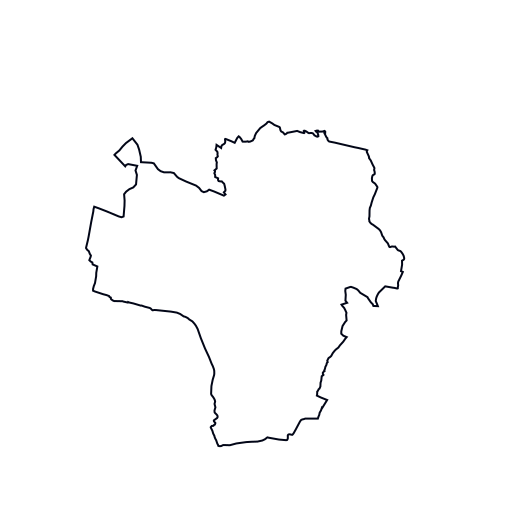 outline of Baile Govora, Vâlcea, Romania, rotated 234°
{"feature_id": "2599482B27172768373600", "entity_name": "Baile Govora", "entity_type": "district", "adm_level": 2, "iso_a3": "ROU", "parent_name": "Romania", "parent_adm1": "Vâlcea", "projection": "robinson", "projection_center": [24.185, 45.08], "detail": "fine", "context": "isolated", "style": "outline", "palette": "ink", "viewbox_px": 512, "rotation_deg": 234, "n_neighbors": 0, "source": "geoboundaries", "source_scale": "gbopen_adm2", "svg_char_len": 6113}
<svg xmlns="http://www.w3.org/2000/svg" viewBox="0 0 512 512"><g transform="rotate(234 256 256)"><path d="M276.1,408.2L277.7,407.1L283.2,402.3L286.0,399.7L301.4,386.4L305.6,382.5L306.2,382.3L307.4,382.2L308.2,382.3L309.4,383.0L310.3,382.8L311.4,382.9L314.2,383.4L315.1,383.5L315.3,383.6L314.9,384.3L315.9,385.1L316.9,385.0L317.1,384.5L317.5,383.1L319.4,380.3L319.9,380.0L321.0,379.9L321.7,378.9L322.1,377.7L321.4,377.7L320.5,378.1L319.5,378.3L318.4,377.8L317.7,377.7L317.1,377.2L316.3,377.0L316.2,376.8L316.5,375.7L317.3,375.1L318.3,374.7L319.2,374.2L321.5,374.2L321.9,374.0L322.7,373.4L323.3,372.7L324.2,371.1L324.8,370.7L327.2,369.9L328.6,369.1L329.1,368.6L329.1,368.2L327.4,367.7L327.2,367.5L327.2,367.1L330.3,364.5L333.0,362.8L337.1,354.0L337.3,353.8L337.2,353.5L337.1,352.5L337.2,351.5L337.5,350.7L340.1,350.5L341.9,349.6L342.3,349.6L343.3,349.7L345.9,350.8L346.4,350.8L347.0,350.5L351.2,347.9L353.7,347.1L357.0,345.6L357.5,344.0L357.0,342.3L356.9,339.4L357.0,336.5L357.0,334.6L355.4,328.4L353.9,325.7L352.2,323.8L352.2,323.2L352.0,322.7L351.4,321.4L351.6,320.3L352.0,318.5L352.6,317.3L352.9,317.3L353.2,316.8L353.8,316.5L354.0,315.9L354.6,314.8L356.4,312.4L359.3,312.8L361.4,312.7L362.2,312.6L363.0,312.3L362.5,310.1L360.1,305.3L363.7,303.3L368.6,300.2L368.8,299.9L368.6,299.5L366.8,298.5L366.3,298.0L365.7,297.4L365.4,296.3L365.6,294.1L365.5,293.2L364.9,292.3L363.9,291.3L369.1,289.4L367.3,287.8L365.7,285.7L363.1,286.0L361.8,285.4L360.7,284.4L359.1,283.7L358.8,282.8L358.8,281.0L357.0,279.9L354.7,279.3L353.6,278.2L349.9,275.6L349.7,272.7L348.8,272.7L348.1,272.2L347.5,271.0L345.6,270.6L343.9,269.4L341.1,271.0L339.9,270.0L338.6,269.8L337.5,270.8L336.4,272.2L335.1,272.3L333.2,272.7L331.1,271.9L327.8,270.4L326.8,269.6L326.4,267.4L323.7,267.5L323.7,265.5L332.7,260.1L337.2,257.1L337.2,254.3L338.3,251.3L340.5,250.1L344.5,250.0L348.2,248.9L357.2,243.3L364.4,239.3L366.5,238.7L371.4,238.3L374.0,236.0L377.7,230.8L380.7,228.7L383.9,227.7L391.0,227.8L392.9,226.2L399.5,218.1L404.0,221.1L410.8,224.0L415.7,225.5L423.9,225.2L423.8,217.2L423.0,212.4L421.7,207.5L421.4,202.9L421.0,200.9L405.4,202.9L406.0,204.4L405.5,206.6L398.8,212.9L396.0,208.8L391.6,207.3L384.4,201.0L383.6,197.0L384.5,192.9L384.4,188.8L383.5,185.6L378.1,182.3L373.8,179.0L365.8,172.1L366.4,170.0L368.7,168.2L379.9,161.4L386.9,156.9L391.0,154.1L389.3,152.0L387.7,150.6L380.3,142.6L370.2,132.1L367.7,129.4L362.6,123.4L362.1,123.1L361.1,123.1L359.8,123.1L358.6,123.5L357.9,123.5L355.4,122.8L353.4,122.7L352.6,121.8L350.6,118.7L348.7,119.0L347.0,119.8L345.2,118.9L340.8,121.5L336.3,116.9L333.6,114.8L328.7,109.8L327.0,107.1L325.1,104.8L323.7,103.8L322.0,104.8L314.9,109.9L312.1,112.2L309.9,113.6L309.0,113.4L307.7,114.1L306.6,113.4L305.7,113.5L303.8,114.2L302.9,114.8L297.9,121.4L297.0,122.0L293.7,124.9L293.6,125.1L293.9,125.5L292.9,126.1L289.6,129.0L283.6,133.6L283.2,134.3L280.4,136.2L276.4,139.5L275.2,140.0L273.8,140.1L272.8,140.5L272.1,142.0L270.8,143.6L261.0,154.5L256.7,158.7L253.6,160.6L249.6,162.0L249.1,162.5L248.1,163.2L245.9,164.3L243.9,164.7L240.5,166.1L237.4,166.4L234.9,166.4L231.3,165.9L222.0,163.1L211.2,160.4L201.9,158.6L195.0,156.8L192.2,156.3L189.4,155.5L187.6,154.7L185.2,153.0L184.2,152.0L181.4,148.3L177.0,143.5L170.8,138.6L169.5,138.3L167.1,138.4L165.6,138.3L164.1,138.1L163.0,137.7L162.3,137.4L160.7,135.5L157.4,134.2L155.5,131.7L154.2,130.8L153.7,130.6L153.0,130.6L151.3,130.9L149.9,131.0L149.1,130.8L148.3,130.3L147.8,129.4L147.8,125.9L147.8,125.4L147.6,125.1L147.2,124.9L146.8,124.8L144.9,125.0L144.4,124.6L143.8,123.6L144.0,122.9L143.8,122.3L143.7,121.7L144.5,120.4L144.2,118.9L143.9,118.6L140.3,118.0L137.5,117.0L134.9,116.6L134.1,116.2L132.2,115.7L130.4,115.5L126.9,114.4L125.6,114.3L124.6,113.9L123.9,114.4L123.0,115.6L122.7,116.2L122.4,118.1L122.1,118.7L118.3,123.6L115.9,129.9L111.2,138.7L108.4,143.1L105.0,148.1L103.0,152.7L102.5,155.4L102.5,156.5L102.6,157.9L102.5,158.7L101.6,159.4L94.0,166.7L89.3,172.1L88.9,173.0L89.1,173.6L89.8,174.6L92.2,176.3L92.5,177.0L92.4,177.7L92.1,178.2L91.6,178.8L90.5,179.7L90.0,180.3L90.1,181.0L90.5,182.3L92.2,186.0L96.1,194.0L96.6,195.3L96.8,196.1L96.6,197.3L95.9,198.9L95.5,200.3L88.1,210.5L89.3,212.1L90.3,213.8L91.8,215.4L92.8,217.7L94.6,220.3L94.2,220.4L97.7,228.9L103.4,225.3L107.3,223.2L108.2,224.2L110.3,225.8L110.6,226.9L111.4,228.4L111.4,229.4L112.6,231.4L115.5,233.7L116.9,235.6L120.1,238.5L120.1,240.6L120.4,240.8L121.2,240.7L122.4,241.6L122.4,242.3L122.7,242.9L122.7,243.6L123.0,243.5L124.3,245.6L125.5,246.9L126.6,249.1L127.6,250.1L127.9,250.8L128.0,251.6L129.4,252.1L130.7,254.5L130.8,255.0L130.7,256.5L130.9,258.1L132.3,261.0L133.1,263.9L133.4,265.6L133.5,268.8L134.4,271.4L135.4,276.2L136.6,279.6L137.1,281.7L140.2,279.8L143.0,279.3L145.0,280.8L148.5,284.9L150.2,289.3L150.6,291.4L155.4,294.3L156.9,295.8L159.7,296.4L162.2,296.8L165.0,296.5L166.4,296.6L164.6,302.2L167.3,302.1L171.8,305.8L175.3,307.7L177.0,309.3L175.6,313.9L175.2,314.7L173.1,316.2L170.1,318.0L168.1,318.5L164.9,318.7L157.2,322.0L155.9,321.8L151.0,321.7L148.3,322.1L146.6,321.6L143.8,325.1L146.5,325.8L148.8,326.3L149.3,326.5L151.1,328.3L152.2,329.8L153.4,332.0L154.2,333.9L155.5,342.7L149.7,348.3L149.1,349.0L146.7,351.1L146.5,351.7L147.3,352.3L148.7,353.8L150.6,354.9L151.7,356.1L154.8,362.0L156.8,365.4L158.5,364.4L163.1,369.1L166.4,371.4L166.2,373.1L166.3,373.7L166.7,374.3L167.7,374.9L169.5,375.6L171.7,375.9L174.3,375.9L175.3,375.6L177.0,374.4L177.6,374.2L181.9,374.1L182.3,373.3L183.8,371.6L184.4,369.7L184.8,369.3L185.9,369.4L188.7,370.1L193.0,369.7L194.6,369.8L196.1,370.2L197.1,370.1L198.2,370.1L201.8,371.2L203.8,371.4L205.5,371.2L210.7,369.6L212.6,369.0L214.1,368.3L216.1,368.0L217.5,368.1L218.3,368.7L219.6,369.2L221.4,371.1L226.2,374.7L228.0,376.4L229.3,378.6L231.3,381.0L234.5,385.4L236.1,388.4L239.7,394.0L240.2,394.6L240.7,394.8L244.2,394.9L244.9,394.8L247.2,394.0L248.5,394.0L249.0,394.3L250.8,395.5L252.1,396.9L252.5,397.5L252.7,398.0L252.5,400.0L253.2,400.8L254.9,401.7L256.2,402.1L257.4,403.4L257.9,403.6L261.5,404.1L265.9,405.0L268.6,405.0L269.0,405.1L269.3,405.5L270.5,405.9L275.0,406.8L275.6,407.2L276.1,408.2Z" fill="none" stroke="#020617" stroke-width="2"/></g></svg>